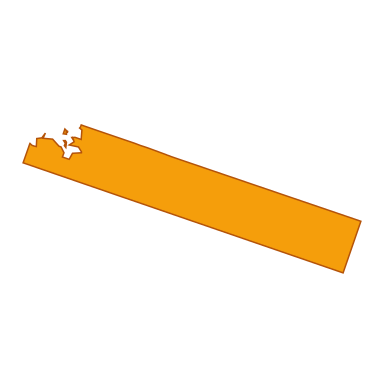 outline of Arapahoe, Colorado, United States of America, rotated 19°
{"feature_id": "52423323B66865800325453", "entity_name": "Arapahoe", "entity_type": "district", "adm_level": 2, "iso_a3": "USA", "parent_name": "United States of America", "parent_adm1": "Colorado", "projection": "natural_earth1", "projection_center": [-104.718, 39.653], "detail": "fine", "context": "isolated", "style": "filled", "palette": "amber", "viewbox_px": 384, "rotation_deg": 19, "n_neighbors": 0, "source": "geoboundaries", "source_scale": "gbopen_adm2", "svg_char_len": 1168}
<svg xmlns="http://www.w3.org/2000/svg" viewBox="0 0 384 384"><g transform="rotate(19 192 192)"><path d="M361.2,164.7L169.3,165.3L169.2,165.3L168.9,165.3L167.0,165.3L166.9,165.3L166.7,165.3L165.7,165.3L164.7,165.3L161.9,165.3L160.6,165.3L160.2,165.3L159.3,165.2L157.0,165.2L156.9,165.2L156.2,165.2L155.2,165.1L136.3,164.7L133.4,164.7L132.7,164.7L128.2,164.8L122.0,164.6L84.1,164.7L65.4,164.7L65.4,167.0L64.9,168.1L67.7,169.2L70.1,178.4L63.6,178.4L60.6,179.6L61.8,180.6L61.8,180.2L62.0,180.2L61.8,180.0L61.8,179.9L64.2,182.9L60.6,187.5L70.0,186.4L74.5,190.1L74.7,190.9L66.4,194.3L65.2,201.1L58.1,201.1L58.2,196.6L53.5,192.0L51.3,192.0L43.0,187.4L33.7,189.7L34.2,184.0L32.4,189.7L27.8,192.0L30.0,199.7L27.6,200.0L25.3,199.9L23.0,198.8L22.9,199.4L22.9,202.1L22.9,203.7L22.8,219.4L24.1,219.4L43.2,219.4L58.0,219.4L60.4,219.4L82.7,219.4L90.4,219.4L116.9,219.4L121.6,219.4L126.3,219.4L359.4,219.3L361.2,219.3L361.2,164.7ZM51.3,178.9L54.5,178.3L53.6,176.1L54.8,176.1L54.7,175.2L54.4,175.2L54.2,175.1L54.2,175.3L51.3,173.8L51.3,178.9ZM53.9,185.2L56.4,187.3L56.2,189.7L58.2,191.0L57.1,185.8L55.5,184.6L53.9,185.2Z" fill="#f59e0b" stroke="#b45309" stroke-width="1.5"/></g></svg>